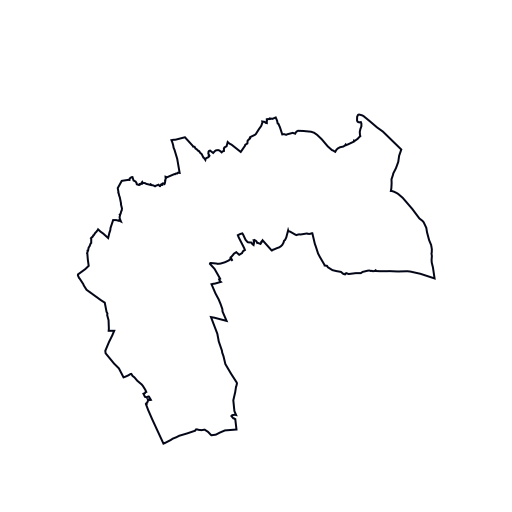 outline of Marnardal nor, Vest-Agder, Norway, rotated 61°
{"feature_id": "86288312B41344454307945", "entity_name": "Marnardal nor", "entity_type": "district", "adm_level": 2, "iso_a3": "NOR", "parent_name": "Norway", "parent_adm1": "Vest-Agder", "projection": "robinson", "projection_center": [7.526, 58.305], "detail": "fine", "context": "isolated", "style": "outline", "palette": "ink", "viewbox_px": 512, "rotation_deg": 61, "n_neighbors": 0, "source": "geoboundaries", "source_scale": "gbopen_adm2", "svg_char_len": 6115}
<svg xmlns="http://www.w3.org/2000/svg" viewBox="0 0 512 512"><g transform="rotate(61 256 256)"><path d="M185.8,420.6L186.7,421.2L189.6,421.4L190.0,421.2L196.9,420.7L198.3,420.9L203.4,420.6L219.4,413.1L223.5,410.9L232.4,413.8L234.2,413.8L235.5,414.8L240.7,416.1L248.0,419.8L250.0,421.1L252.7,416.3L255.9,420.4L259.9,426.2L265.9,433.8L268.2,434.7L281.3,432.3L287.8,430.4L297.9,430.7L298.2,429.1L298.5,425.6L298.4,423.1L298.7,422.2L301.1,422.1L303.1,421.2L307.6,420.3L313.1,418.2L315.1,417.9L319.4,417.7L321.7,417.9L321.6,418.8L322.1,419.7L321.9,421.2L325.3,421.4L326.5,420.2L326.7,418.2L327.1,417.8L330.9,417.7L330.8,418.1L328.9,420.1L330.2,420.2L330.2,420.6L330.8,421.5L331.5,422.1L331.7,423.5L332.5,423.6L332.4,424.1L338.5,425.0L349.1,426.0L375.2,427.9L375.2,427.3L375.4,426.8L375.2,426.6L375.4,426.2L375.6,419.9L375.4,417.3L375.9,413.4L376.0,410.3L377.8,402.2L379.3,393.9L378.6,392.7L378.9,391.8L380.3,390.4L381.9,388.1L383.0,385.1L386.6,383.2L390.8,382.1L391.2,381.8L392.8,377.7L392.9,373.4L393.5,367.7L398.3,357.2L388.6,353.2L387.9,353.9L387.2,354.0L386.8,354.6L384.1,355.1L384.0,354.5L383.7,354.1L383.8,353.6L384.6,351.4L385.4,350.5L381.2,350.1L371.2,345.8L365.0,340.2L360.6,336.8L360.2,336.2L358.3,334.5L357.4,334.2L346.9,334.9L335.7,335.2L327.8,333.0L324.1,332.4L322.3,331.7L312.7,330.0L305.2,327.5L287.6,325.0L289.7,322.4L298.5,313.2L288.4,312.2L286.2,311.2L281.1,310.3L275.9,309.7L269.2,309.6L259.1,308.6L259.5,307.1L260.3,305.1L261.6,299.3L260.4,299.7L258.5,299.6L258.5,298.4L247.2,298.5L240.5,300.1L240.1,299.7L240.1,299.1L243.3,294.4L244.3,293.3L245.4,290.8L246.4,286.3L246.7,281.9L246.1,279.9L248.7,278.9L244.9,278.9L244.7,277.7L243.7,275.0L243.3,274.4L243.1,271.4L246.8,270.1L246.7,266.8L245.5,265.0L245.4,262.8L243.1,262.5L231.3,262.1L229.0,261.8L229.1,259.2L229.6,257.0L231.3,256.9L236.8,257.3L239.8,256.6L240.2,256.3L242.1,253.4L243.9,253.4L245.2,252.8L243.2,251.1L241.1,250.4L241.4,249.9L241.3,249.6L242.6,248.8L243.7,248.5L245.1,248.6L245.1,248.3L247.6,246.2L247.1,245.3L246.2,244.6L245.8,243.5L246.1,243.4L245.5,242.6L258.8,239.6L259.0,238.8L258.7,238.0L259.0,237.0L259.3,233.6L259.7,231.5L259.5,229.3L259.0,227.6L257.7,225.5L256.3,224.1L256.0,222.7L254.5,220.6L249.2,215.5L250.1,215.7L251.0,214.5L256.6,211.1L257.3,210.5L257.7,208.5L258.2,207.4L258.8,206.6L261.0,200.5L261.6,200.1L262.8,198.2L263.2,196.0L263.4,195.7L274.1,198.7L276.2,199.0L283.9,200.5L287.4,200.6L297.1,200.4L297.6,200.6L299.0,198.7L300.7,198.6L305.4,196.0L308.1,193.1L311.1,189.4L314.0,188.3L315.2,187.1L315.3,186.8L314.7,186.2L314.8,185.3L316.7,183.7L319.3,177.2L321.8,172.6L321.6,170.5L323.0,165.4L323.5,164.2L324.0,163.5L324.7,163.0L325.1,161.9L325.6,161.6L326.4,160.3L326.6,159.4L326.5,158.4L327.2,158.5L329.5,154.8L334.3,146.0L338.4,139.3L342.7,131.0L344.4,128.6L351.3,120.8L362.2,110.7L351.8,106.8L347.0,105.5L344.5,104.3L341.3,102.2L338.9,101.3L338.0,100.5L335.3,98.9L331.3,97.5L326.0,96.9L318.1,94.9L313.9,93.4L307.8,93.0L305.9,93.4L302.4,94.9L290.7,96.5L276.2,99.5L270.6,101.6L269.0,102.5L266.6,104.2L265.0,105.7L264.5,106.5L262.4,104.8L258.1,102.1L254.6,100.3L251.3,96.7L250.4,96.0L247.1,91.1L242.7,86.0L237.7,82.2L233.3,77.3L208.7,84.7L202.2,87.8L193.1,91.2L185.6,94.2L184.2,95.2L182.3,97.2L182.1,97.7L182.1,98.4L183.2,100.0L185.7,101.5L186.7,102.0L187.8,102.0L188.6,101.6L188.8,101.1L189.4,100.6L189.7,99.4L191.2,99.6L193.6,100.9L195.6,103.2L197.8,105.1L200.8,106.5L201.7,106.6L202.3,108.9L202.8,110.2L203.2,113.9L202.6,114.3L203.4,115.0L203.0,121.2L202.7,123.6L202.0,123.6L202.5,124.7L202.6,126.6L201.6,129.8L201.6,132.3L202.0,134.0L203.3,136.2L201.0,137.5L200.3,138.2L194.9,140.1L185.8,141.9L179.7,143.8L176.4,145.4L174.0,147.6L169.6,154.0L166.9,158.5L166.8,159.7L167.2,161.3L168.0,162.4L166.1,164.2L164.7,169.7L164.6,170.9L163.0,172.4L162.4,174.1L155.3,172.7L151.4,172.3L150.6,172.8L148.0,172.0L144.4,171.6L144.0,175.2L143.5,175.6L143.1,177.0L142.6,177.1L142.7,177.6L142.4,177.7L142.5,178.0L142.4,178.5L141.8,179.7L142.2,180.1L141.9,180.4L145.0,182.1L144.2,183.0L142.9,183.4L141.4,185.3L142.3,185.6L144.8,188.4L146.4,191.8L149.3,197.1L149.5,198.3L149.2,203.4L150.1,203.9L150.2,204.1L149.8,204.3L150.6,205.4L150.8,206.6L151.2,207.5L153.4,209.0L153.5,211.5L154.2,212.1L157.6,218.9L146.8,223.4L144.7,224.8L142.6,225.5L145.8,228.6L145.7,230.2L145.8,231.2L146.5,231.7L146.5,232.0L148.6,233.1L148.3,234.7L148.7,235.8L146.3,236.7L145.6,237.2L145.0,237.8L144.2,239.8L144.3,241.0L145.1,243.5L141.5,245.1L141.4,246.4L141.6,246.8L143.4,248.1L145.6,248.1L145.6,248.8L146.2,248.9L146.5,249.8L146.3,251.9L146.4,252.8L147.4,253.7L144.7,254.0L144.4,254.3L140.6,254.1L138.7,254.8L136.7,254.9L136.1,255.3L136.1,255.5L133.7,256.2L132.8,256.8L130.7,256.8L129.8,258.0L129.1,257.9L117.7,260.6L115.3,269.9L114.3,272.0L113.7,273.8L115.6,274.0L118.8,274.7L121.4,275.6L123.6,275.8L132.8,277.8L146.3,282.5L145.3,283.9L145.6,285.2L145.2,285.6L145.0,286.4L145.2,287.2L144.8,287.7L144.0,295.6L142.8,296.7L143.4,297.0L144.2,296.9L144.9,298.0L145.8,298.5L146.0,299.0L146.8,299.3L148.5,300.8L148.7,301.2L147.5,301.9L147.3,302.2L147.4,303.1L148.4,303.5L148.3,303.8L147.5,304.4L147.7,304.8L148.4,306.0L148.2,306.3L146.4,306.7L146.0,309.6L146.1,310.5L144.7,311.4L143.3,312.9L142.1,313.4L142.2,313.8L142.6,313.9L139.7,317.0L138.4,317.8L137.3,319.6L136.1,319.6L136.5,320.5L137.5,320.9L136.7,322.7L137.3,323.0L137.2,323.9L135.5,325.5L134.0,325.1L132.5,325.2L130.6,326.5L127.1,325.8L126.7,326.7L127.0,328.9L128.2,329.8L127.4,331.0L125.2,337.0L129.6,344.0L133.6,345.4L133.9,345.8L134.9,345.8L136.4,346.3L138.7,346.7L144.7,348.6L145.1,349.0L149.5,350.2L151.2,351.5L151.5,352.2L153.5,354.0L153.7,355.1L154.5,355.2L155.9,356.5L157.7,357.1L160.3,357.4L158.3,358.8L158.5,359.2L157.0,360.6L155.3,363.5L161.0,369.7L162.5,370.7L164.1,372.3L164.1,372.5L168.6,376.6L162.2,378.8L159.3,380.2L156.2,381.2L156.5,381.6L156.9,382.7L157.5,384.0L157.8,385.3L159.2,387.9L159.1,388.4L159.8,389.2L160.1,390.0L160.0,390.6L160.4,391.6L160.6,391.5L164.7,393.8L164.9,394.6L166.6,396.6L167.6,398.4L169.8,400.2L170.2,400.7L170.0,400.9L170.6,401.2L171.7,402.4L172.0,402.3L178.0,405.0L183.5,407.1L184.7,411.7L185.8,420.6Z" fill="none" stroke="#020617" stroke-width="2"/></g></svg>